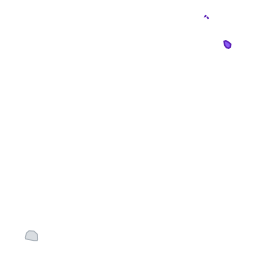 Atiu highlighted on a map of Cook Islands
{"feature_id": "COK-4950", "entity_name": "Atiu", "entity_type": "state/province", "adm_level": 1, "iso_a3": "COK", "parent_name": "Cook Islands", "parent_adm1": "", "projection": "equal_earth", "projection_center": [-158.198, -19.915], "detail": "fine", "context": "in_parent", "style": "filled", "palette": "violet", "viewbox_px": 256, "rotation_deg": 0, "n_neighbors": 0, "source": "natural_earth", "source_scale": "10m", "svg_char_len": 526}
<svg xmlns="http://www.w3.org/2000/svg" viewBox="0 0 256 256"><path d="M37.2,240.6L33.5,240.6L28.7,239.5L25.6,238.9L25.3,237.5L26.5,233.0L29.0,230.8L33.9,231.1L37.3,234.2L37.6,239.3L37.2,240.6Z" fill="#d9dde1" stroke="#a8b0b8" stroke-width="1"/><path d="M230.7,44.2L230.3,47.1L228.6,48.2L226.4,47.5L224.7,45.2L224.1,41.4L225.8,40.8L228.5,42.2L230.7,44.2ZM208.5,18.8L207.0,17.1L207.6,17.4L207.9,17.8L208.5,18.8ZM206.2,15.4L205.5,16.3L205.1,16.4L205.3,16.0L206.2,15.4Z" fill="#8b5cf6" stroke="#5b21b6" stroke-width="1.5"/></svg>